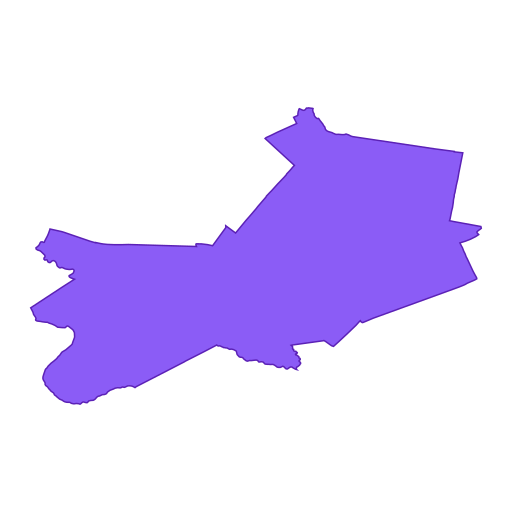 Barza, Olt, Romania
{"feature_id": "2599482B78592992186898", "entity_name": "Barza", "entity_type": "district", "adm_level": 2, "iso_a3": "ROU", "parent_name": "Romania", "parent_adm1": "Olt", "projection": "robinson", "projection_center": [24.164, 44.333], "detail": "fine", "context": "isolated", "style": "filled", "palette": "violet", "viewbox_px": 512, "rotation_deg": 0, "n_neighbors": 0, "source": "geoboundaries", "source_scale": "gbopen_adm2", "svg_char_len": 5938}
<svg xmlns="http://www.w3.org/2000/svg" viewBox="0 0 512 512"><path d="M481.3,228.3L480.9,226.5L453.4,221.5L449.5,220.7L450.1,218.8L451.6,211.1L452.5,207.6L453.3,202.3L453.4,200.8L453.6,199.1L454.2,196.7L454.3,194.7L455.0,192.4L455.4,190.0L455.6,188.8L455.8,188.3L456.2,185.7L457.8,178.9L458.8,173.0L462.8,152.8L454.6,151.9L454.1,151.8L454.2,151.4L434.3,148.8L352.6,136.6L351.0,136.1L348.4,134.8L346.0,134.0L345.7,134.3L343.8,134.6L342.0,134.6L338.5,134.3L335.9,134.4L333.1,133.2L332.0,132.6L328.5,131.6L327.0,130.9L326.1,130.1L325.5,129.4L325.3,128.9L324.8,127.0L323.8,125.8L323.3,125.0L322.8,124.0L320.0,120.5L318.9,118.8L318.5,118.4L317.2,118.6L316.5,118.1L315.6,117.4L314.7,116.2L314.1,114.9L314.2,114.4L314.1,113.8L313.7,113.2L313.1,112.0L312.7,110.0L312.8,109.5L313.1,108.7L312.8,108.4L308.7,107.9L308.1,107.9L307.7,108.1L306.4,108.1L305.3,109.6L304.2,110.3L303.6,110.3L303.0,110.3L300.3,109.1L299.4,108.7L299.1,108.9L298.9,109.4L298.2,111.7L297.9,113.6L297.9,114.9L297.6,115.4L297.2,115.7L293.6,117.3L296.7,123.5L277.4,132.2L271.3,135.2L266.1,137.6L265.1,138.5L294.4,165.4L292.5,167.4L290.0,170.4L286.7,173.9L286.2,174.9L283.4,178.0L277.9,183.7L271.6,190.7L269.8,192.5L266.4,196.1L266.0,197.0L257.8,206.5L256.2,208.6L250.9,214.8L245.9,220.5L235.6,233.0L225.7,225.7L225.7,225.9L225.9,227.2L225.5,228.0L212.6,245.7L207.4,244.6L201.5,243.9L196.4,243.8L196.1,243.9L196.0,244.0L195.9,244.9L196.5,246.5L128.3,244.5L121.6,244.7L114.4,244.7L107.1,244.4L103.3,244.0L100.8,243.6L95.6,242.5L95.6,242.8L93.8,242.3L90.0,241.2L64.0,232.3L61.7,231.6L50.0,229.0L49.9,229.5L48.4,233.7L47.4,236.0L44.9,240.7L44.3,242.3L43.7,242.4L42.2,241.8L40.8,242.0L40.2,242.7L39.3,244.7L38.2,246.0L36.9,247.1L36.0,247.7L36.0,248.3L36.1,249.0L37.5,250.0L39.8,250.7L40.9,251.4L44.7,255.1L45.0,256.1L44.9,257.0L44.1,257.8L44.0,258.3L43.9,259.1L44.9,260.1L45.6,260.0L46.2,259.8L46.7,259.9L47.3,260.2L47.6,261.3L48.1,262.0L49.0,262.5L49.7,262.6L50.5,262.4L51.6,261.3L52.4,260.8L53.1,260.6L53.9,260.7L54.9,261.2L55.6,261.9L56.2,262.8L56.8,264.5L57.0,265.5L57.6,266.4L59.4,267.8L60.2,267.9L61.4,267.5L62.5,267.6L65.0,268.8L66.3,269.1L69.2,269.5L70.7,269.4L72.3,269.1L72.9,269.2L73.5,269.6L73.8,269.9L74.1,270.5L74.1,270.9L73.3,273.0L71.5,274.3L69.3,275.5L69.0,275.9L69.1,276.4L69.4,276.9L70.0,277.4L71.1,278.0L74.5,279.2L61.0,287.9L30.7,307.8L33.0,312.3L33.6,314.5L35.5,317.2L36.0,318.5L35.9,319.0L35.6,319.7L35.7,320.2L35.9,320.4L37.0,321.0L37.8,321.1L40.9,321.5L42.3,321.8L45.5,322.2L47.6,322.3L49.0,323.1L51.9,324.0L54.7,325.3L55.3,325.6L57.6,327.2L61.9,327.6L64.8,327.7L65.5,327.5L66.1,326.8L66.8,326.2L67.6,326.0L68.6,326.4L72.4,329.4L73.2,330.2L74.4,332.6L74.6,336.5L74.5,337.5L72.7,342.4L72.2,344.1L71.4,345.0L65.8,349.8L62.1,352.0L61.4,352.8L60.4,354.3L59.6,355.4L58.5,356.3L57.6,357.3L56.8,358.5L53.9,361.0L50.8,363.4L49.9,364.4L48.3,365.9L46.7,368.2L45.9,368.8L45.3,369.7L43.6,374.7L43.0,376.8L42.9,378.1L43.0,379.0L43.5,380.2L44.9,382.4L45.1,383.3L45.1,384.4L45.7,385.5L47.2,386.6L47.8,387.2L48.9,388.9L49.7,389.5L50.6,390.8L52.3,392.1L53.4,392.8L53.8,393.3L54.4,394.8L54.8,395.1L55.4,395.6L56.1,396.0L56.7,396.7L59.6,399.1L62.4,400.3L63.4,401.1L64.0,401.4L64.8,401.8L66.4,402.2L67.6,402.3L69.5,402.3L70.1,402.5L71.3,403.3L73.5,403.8L74.3,403.8L76.2,403.5L78.6,403.7L79.8,404.1L80.2,404.1L80.7,403.8L82.0,402.6L82.6,402.2L83.2,402.0L83.7,402.0L85.3,402.5L86.8,402.7L87.3,402.6L87.8,402.2L88.3,401.4L88.7,401.0L90.6,400.5L93.1,400.3L93.9,400.0L95.3,399.0L96.7,397.3L97.9,396.4L98.2,396.2L99.6,396.0L102.2,394.7L104.4,394.5L105.3,394.2L106.2,393.8L106.6,393.5L107.3,392.3L107.6,392.0L110.0,390.3L113.5,389.0L115.1,388.2L117.6,387.7L120.1,387.9L121.0,387.7L122.1,387.1L122.6,387.0L124.1,387.3L124.7,387.3L127.7,385.9L130.0,385.8L131.9,386.1L133.2,386.6L135.0,387.6L136.3,386.6L184.6,361.7L185.1,361.3L204.0,351.7L215.3,345.8L216.7,345.0L217.4,345.6L218.0,345.9L218.7,346.0L219.5,345.8L220.8,346.2L221.6,346.7L222.8,347.1L223.3,347.5L223.7,347.6L225.0,347.7L225.7,347.9L227.1,348.0L229.5,349.3L231.6,349.1L232.3,349.3L233.0,349.4L234.2,349.9L236.0,350.9L236.3,351.3L236.6,352.3L237.0,354.1L237.2,354.6L238.0,355.5L239.2,356.8L240.2,357.2L241.7,357.3L242.6,357.6L243.0,357.9L243.5,358.7L244.3,359.4L245.3,360.1L245.7,360.5L246.5,360.9L247.2,361.1L247.7,361.1L249.6,360.5L251.1,360.6L255.4,360.1L256.6,360.1L257.4,360.4L257.8,360.7L258.6,361.8L258.9,362.0L259.9,362.0L261.1,361.7L262.9,362.0L263.4,362.3L264.7,363.8L265.4,364.1L267.3,364.3L268.4,364.3L270.6,364.5L272.4,364.4L273.2,364.5L274.8,365.3L275.4,365.8L276.2,366.3L276.8,366.9L277.5,367.2L278.7,367.4L280.0,367.4L280.6,367.3L282.6,366.3L282.9,366.3L283.8,366.7L285.8,368.7L286.8,369.0L287.3,369.0L288.0,368.6L289.5,367.5L290.1,367.2L290.6,367.0L291.6,367.0L292.0,367.1L293.1,367.9L295.5,369.2L296.6,369.5L296.4,369.3L296.4,368.9L296.4,367.8L296.6,367.2L296.8,367.1L297.5,366.8L299.6,365.1L300.0,364.2L300.5,363.8L300.6,363.6L300.6,362.9L300.3,362.3L299.8,361.8L299.2,361.5L299.1,361.0L299.1,360.6L299.3,360.4L300.2,359.7L300.2,358.9L300.0,358.4L299.0,357.9L298.9,357.7L298.9,356.8L298.0,356.0L297.2,355.5L296.6,354.9L296.1,355.0L295.7,354.8L295.5,354.4L295.5,354.2L296.4,353.3L296.9,353.3L297.2,353.1L297.3,352.7L297.1,352.4L296.5,352.2L295.9,351.3L294.5,351.2L294.0,351.0L293.7,350.7L293.6,350.4L293.7,349.5L293.6,349.3L292.7,349.1L292.5,348.6L292.6,347.8L292.6,346.7L291.9,345.7L291.5,345.7L291.1,345.3L292.4,345.0L323.6,340.7L323.9,340.5L325.6,341.5L331.5,345.7L333.5,346.4L338.7,341.7L348.0,333.0L355.9,325.4L359.7,321.2L360.4,320.7L360.7,321.5L362.1,322.5L362.5,322.6L363.5,322.3L373.2,318.2L459.1,287.0L463.8,285.1L465.5,284.3L467.1,283.3L474.7,280.0L476.8,278.8L476.6,277.7L474.7,274.3L473.0,271.1L467.0,258.3L466.2,256.9L465.1,253.9L463.8,251.3L462.3,247.4L461.6,246.3L459.9,242.9L465.4,241.2L469.0,239.8L470.5,239.2L475.5,236.7L476.9,235.8L478.7,234.6L477.9,233.7L477.1,232.8L476.9,232.2L477.0,231.8L478.4,230.5L480.4,229.1L481.3,228.3Z" fill="#8b5cf6" stroke="#5b21b6" stroke-width="1.5"/></svg>